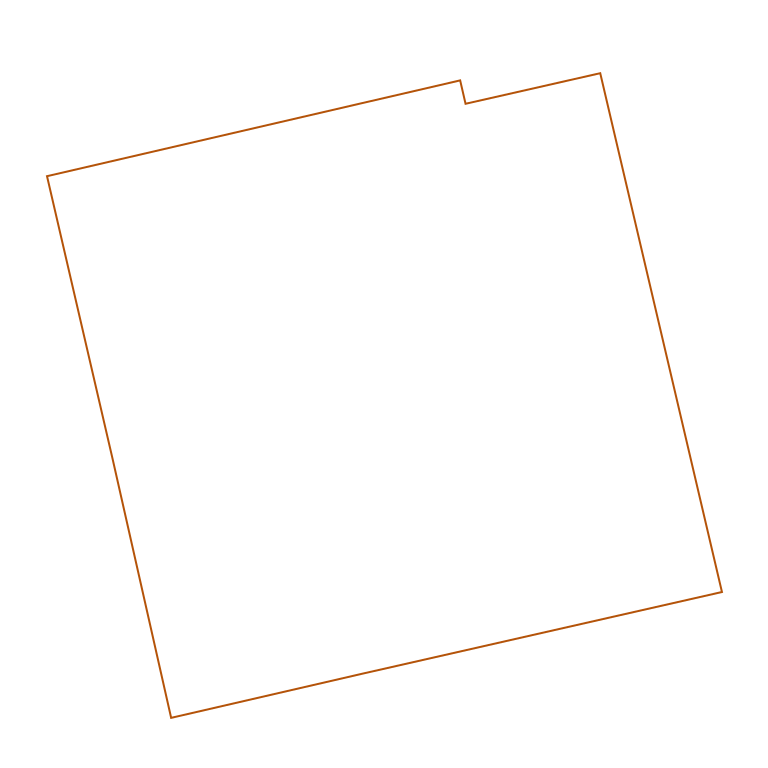 outline of Mason, Texas, United States of America, rotated 347°
{"feature_id": "52423323B11317235464600", "entity_name": "Mason", "entity_type": "district", "adm_level": 2, "iso_a3": "USA", "parent_name": "United States of America", "parent_adm1": "Texas", "projection": "orthographic", "projection_center": [-99.262, 30.72], "detail": "fine", "context": "isolated", "style": "outline", "palette": "amber", "viewbox_px": 768, "rotation_deg": 347, "n_neighbors": 0, "source": "geoboundaries", "source_scale": "gbopen_adm2", "svg_char_len": 274}
<svg xmlns="http://www.w3.org/2000/svg" viewBox="0 0 768 768"><g transform="rotate(347 384 384)"><path d="M102.7,395.4L101.5,661.4L297.5,661.4L666.5,662.7L664.6,129.8L526.5,129.3L526.5,105.3L102.4,105.7L102.7,395.4Z" fill="none" stroke="#b45309" stroke-width="2"/></g></svg>